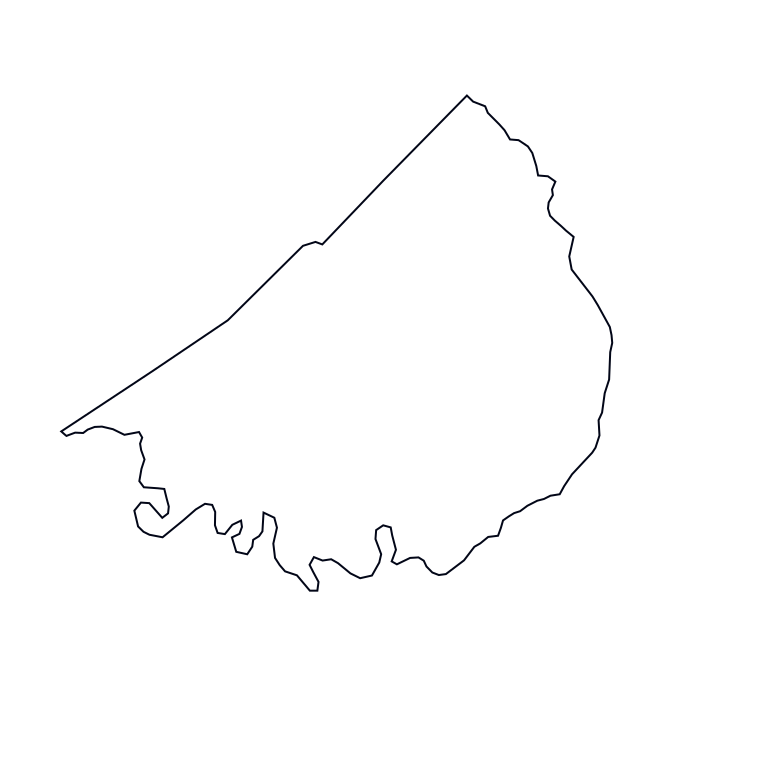 Ouvidor, Goiás, Brazil, rotated 133°
{"feature_id": "56859067B74678386860853", "entity_name": "Ouvidor", "entity_type": "district", "adm_level": 2, "iso_a3": "BRA", "parent_name": "Brazil", "parent_adm1": "Goiás", "projection": "albers", "projection_center": [-47.713, -18.217], "detail": "fine", "context": "isolated", "style": "outline", "palette": "ink", "viewbox_px": 768, "rotation_deg": 133, "n_neighbors": 0, "source": "geoboundaries", "source_scale": "gbopen_adm2", "svg_char_len": 1978}
<svg xmlns="http://www.w3.org/2000/svg" viewBox="0 0 768 768"><g transform="rotate(133 384 384)"><path d="M647.1,441.4L620.4,437.8L604.1,436.1L593.7,433.2L589.6,427.2L592.7,420.2L602.6,411.3L606.4,404.1L602.3,398.0L590.4,398.9L581.4,395.4L585.4,390.4L592.2,387.5L599.9,390.6L607.5,377.6L601.8,367.9L592.8,369.4L587.2,373.4L580.5,371.6L574.7,372.4L560.2,384.4L556.6,373.0L562.1,364.3L576.2,356.1L585.5,345.1L587.6,336.7L588.5,328.6L583.3,317.2L585.7,297.3L580.6,291.8L573.4,296.9L569.8,307.5L567.0,315.1L558.4,317.2L555.0,308.5L548.2,303.1L546.4,295.5L545.4,279.4L542.3,269.0L532.3,262.2L517.8,265.7L510.4,270.0L503.2,284.5L496.2,290.1L487.9,288.2L484.3,281.3L489.1,274.8L497.1,262.2L508.5,257.4L507.1,251.6L493.4,246.3L487.3,240.5L486.1,234.4L488.5,228.5L488.9,220.1L486.3,213.6L480.8,209.1L458.4,205.2L441.4,206.9L435.0,204.9L424.8,203.5L417.2,197.1L409.5,200.4L402.6,203.9L395.6,202.4L389.7,200.8L384.2,197.7L375.3,196.1L364.8,192.3L359.0,188.6L352.2,186.1L344.8,180.3L335.8,182.6L321.8,184.9L309.5,184.9L292.2,184.9L286.3,185.9L274.7,191.3L264.1,202.4L256.2,205.0L240.2,216.3L227.2,222.4L206.4,240.3L198.3,245.1L193.1,250.9L188.3,257.7L180.5,281.5L177.8,291.2L172.3,324.8L164.4,335.5L147.1,345.6L147.7,355.6L147.7,362.4L148.0,370.5L147.7,377.3L143.8,383.8L138.9,387.4L130.7,389.3L127.1,393.8L119.1,396.7L120.3,405.8L126.4,413.5L120.7,421.3L113.9,433.1L112.1,440.8L113.9,451.9L119.2,458.6L116.2,468.9L115.5,476.7L114.9,493.0L111.9,499.4L116.7,511.4L116.5,520.1L236.0,523.2L244.3,523.3L324.0,524.3L326.8,531.0L338.2,537.5L443.9,541.7L527.3,560.9L537.9,563.4L638.8,587.7L638.6,580.9L630.2,576.7L625.0,570.6L619.4,569.6L612.7,566.3L607.5,561.2L601.9,551.4L598.2,539.2L586.2,530.4L588.1,524.3L594.0,521.7L598.0,516.5L602.5,507.7L611.5,503.5L621.9,496.7L623.3,489.2L614.5,478.3L610.6,473.1L615.9,465.0L620.4,457.8L625.9,453.7L633.1,454.9L631.2,474.4L636.5,480.9L646.9,480.2L655.9,466.7L656.1,459.1L654.2,452.7L647.1,441.4Z" fill="none" stroke="#020617" stroke-width="2"/></g></svg>